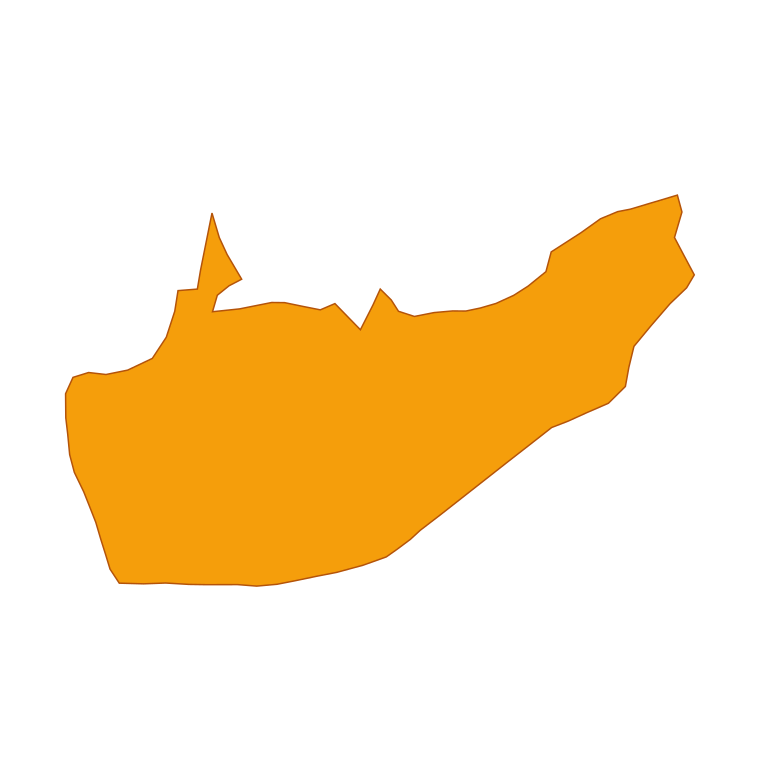 outline of Raposa, Brazil, rotated 174°
{"feature_id": "56859067B6565916351535", "entity_name": "Raposa", "entity_type": "district", "adm_level": 2, "iso_a3": "BRA", "parent_name": "Brazil", "parent_adm1": "", "projection": "robinson", "projection_center": [-44.091, -2.442], "detail": "fine", "context": "isolated", "style": "filled", "palette": "amber", "viewbox_px": 768, "rotation_deg": 174, "n_neighbors": 0, "source": "geoboundaries", "source_scale": "gbopen_adm2", "svg_char_len": 1232}
<svg xmlns="http://www.w3.org/2000/svg" viewBox="0 0 768 768"><g transform="rotate(174 384 384)"><path d="M537.2,572.0L554.5,516.6L559.7,497.9L579.1,498.4L584.5,478.2L595.6,453.3L611.7,433.7L637.5,424.6L659.5,422.5L676.6,426.3L692.6,423.1L701.7,407.6L704.0,383.6L703.8,367.4L704.0,346.6L701.2,328.5L693.9,308.2L689.3,291.8L685.1,276.6L681.8,258.7L678.7,243.5L675.8,228.5L668.1,213.6L644.0,210.4L622.0,208.9L599.0,205.1L581.7,203.0L550.6,199.8L531.7,196.3L511.3,196.0L494.2,197.5L471.4,199.8L450.7,201.6L423.6,206.0L399.8,211.8L388.7,218.0L373.9,226.8L363.3,234.7L340.5,248.7L269.6,293.3L240.9,311.2L221.8,323.2L204.5,327.9L185.3,334.3L162.8,341.4L144.2,356.3L138.7,375.1L131.5,395.3L112.1,414.3L91.1,434.0L73.0,448.0L64.0,460.1L72.3,480.6L79.8,499.3L69.7,523.9L72.5,541.2L100.2,536.0L120.9,532.1L133.6,531.0L151.4,525.7L172.6,513.7L203.9,497.9L211.2,478.8L230.6,466.2L245.8,458.6L264.2,452.4L280.3,449.5L295.0,448.0L308.2,449.5L326.8,449.8L346.7,448.0L362.0,454.8L368.0,466.8L377.8,478.8L386.6,463.9L401.8,440.4L424.4,469.1L439.6,464.4L456.7,469.7L474.3,475.3L487.2,476.8L519.8,473.8L547.0,473.8L540.5,489.7L527.8,497.9L514.6,503.1L526.5,529.2L532.5,546.8L537.2,572.0Z" fill="#f59e0b" stroke="#b45309" stroke-width="1.5"/></g></svg>